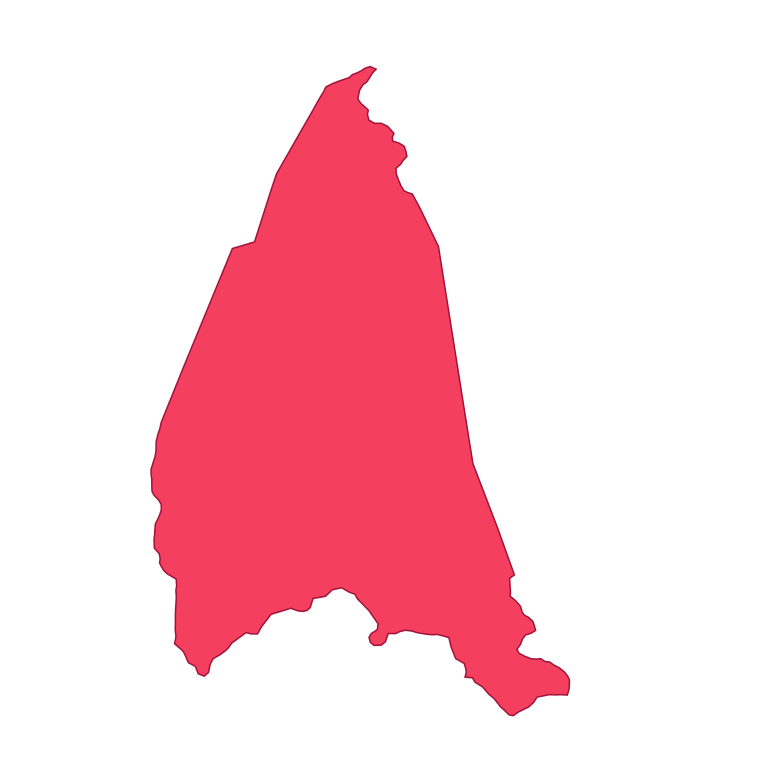 Itagimirim, Bahia, Brazil (orthographic projection), rotated 277°
{"feature_id": "56859067B60093559467273", "entity_name": "Itagimirim", "entity_type": "district", "adm_level": 2, "iso_a3": "BRA", "parent_name": "Brazil", "parent_adm1": "Bahia", "projection": "orthographic", "projection_center": [-39.777, -16.127], "detail": "fine", "context": "isolated", "style": "filled", "palette": "rose", "viewbox_px": 768, "rotation_deg": 277, "n_neighbors": 0, "source": "geoboundaries", "source_scale": "gbopen_adm2", "svg_char_len": 2652}
<svg xmlns="http://www.w3.org/2000/svg" viewBox="0 0 768 768"><g transform="rotate(277 384 384)"><path d="M695.5,337.8L697.4,331.5L694.8,326.2L692.0,323.2L689.3,318.9L687.2,314.9L683.8,312.0L681.0,306.2L679.0,302.0L675.8,296.1L671.8,290.2L666.8,288.4L662.3,286.4L656.8,284.0L644.1,278.8L628.0,272.0L579.5,251.7L562.8,248.3L509.3,238.2L500.0,217.0L375.7,182.8L319.0,167.6L312.1,166.9L305.8,165.6L299.0,164.9L293.0,165.5L288.6,165.9L283.3,165.5L277.6,164.4L271.0,163.2L265.7,163.9L260.7,165.2L254.9,165.9L248.9,166.9L245.3,169.5L241.8,174.0L237.5,177.5L232.1,178.3L227.3,177.4L223.4,176.3L217.2,174.1L210.8,174.4L206.3,174.7L201.4,174.7L193.0,176.1L188.2,181.6L183.2,183.1L178.9,183.1L175.2,185.6L172.1,188.1L169.1,192.1L165.1,201.5L158.2,202.8L153.7,202.6L147.9,203.7L143.9,204.1L133.8,204.7L128.5,205.2L121.9,206.0L114.6,206.8L107.8,208.3L100.7,207.8L94.6,216.8L91.4,219.2L83.6,223.8L80.7,231.2L73.8,234.9L72.1,241.1L76.3,245.0L84.5,245.6L90.4,247.8L95.3,254.2L99.5,258.7L103.0,261.6L108.2,264.4L120.4,277.3L119.8,282.5L120.5,288.9L128.0,291.9L141.7,300.0L145.5,308.7L150.0,318.8L148.4,326.0L148.4,331.2L149.8,335.1L153.0,338.0L162.5,339.7L164.8,347.6L166.2,351.8L173.5,357.8L176.6,366.8L173.5,374.0L171.7,380.8L167.7,383.6L157.4,396.5L145.3,407.3L139.4,407.3L134.8,401.8L130.6,400.0L126.1,401.8L123.3,405.9L124.5,413.2L128.3,416.8L136.8,418.6L137.7,426.0L140.2,429.9L142.2,435.2L142.2,442.0L141.3,446.6L140.9,454.6L140.9,461.7L141.9,467.7L141.1,474.0L140.2,479.3L130.8,482.8L120.1,488.7L116.4,497.7L112.2,499.5L108.0,500.8L103.0,500.1L103.1,507.6L99.0,510.8L95.4,518.6L88.8,526.0L85.2,531.6L77.8,539.0L75.1,542.9L70.9,548.4L70.6,552.9L74.5,556.9L81.0,566.9L86.2,571.3L91.9,574.1L95.8,586.0L96.2,591.1L97.2,597.7L97.6,603.8L103.0,604.8L107.6,604.7L113.1,604.1L116.8,601.6L119.9,598.5L123.6,592.7L125.7,587.0L128.2,582.4L128.3,577.2L130.5,573.0L129.6,569.1L129.2,563.5L131.1,556.4L133.2,550.8L136.9,548.3L142.2,551.2L148.1,552.6L152.3,555.4L154.4,560.1L157.8,564.5L161.9,562.9L166.6,560.6L170.1,555.7L171.6,551.6L174.5,548.8L179.6,546.8L182.5,543.9L186.0,539.5L188.8,535.0L193.2,534.9L199.0,533.7L206.5,532.4L210.4,536.7L255.1,514.2L315.9,481.9L328.9,478.2L338.1,475.5L527.1,421.3L563.2,398.1L576.0,389.0L576.8,384.7L578.2,380.3L582.6,376.8L587.4,374.0L594.1,370.5L599.6,369.6L603.8,373.5L608.8,376.1L612.6,379.0L617.3,377.5L622.4,375.1L624.9,369.7L626.2,363.0L630.2,362.2L633.9,363.3L637.3,359.6L640.3,355.9L642.4,349.5L641.6,342.7L644.1,336.9L649.5,334.7L653.9,335.0L657.1,330.7L659.8,326.7L663.8,323.3L668.3,323.6L672.7,324.0L678.1,326.4L682.2,330.4L686.3,332.4L691.1,334.5L695.5,337.8Z" fill="#f43f5e" stroke="#9f1239" stroke-width="1.5"/></g></svg>